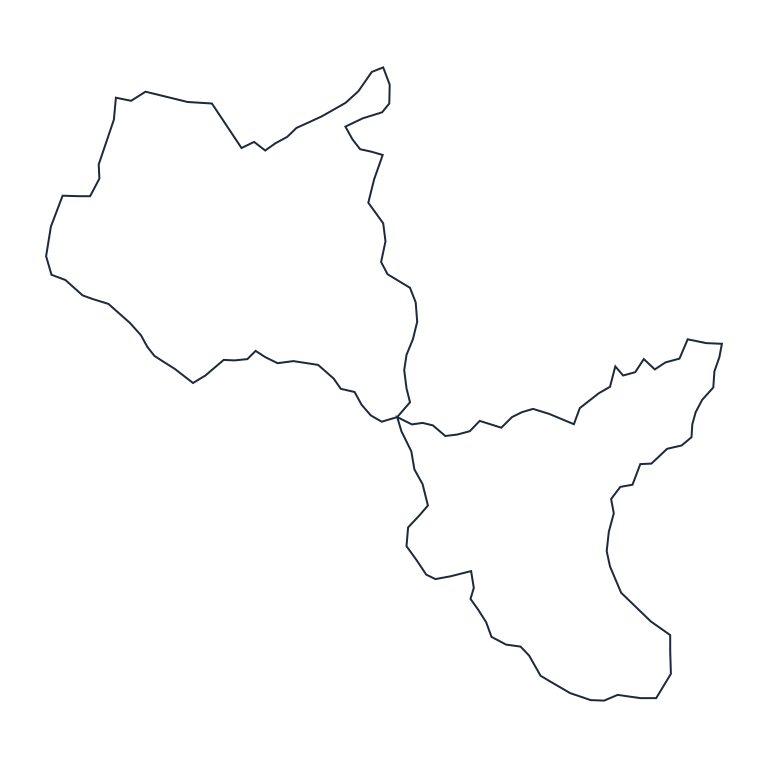 outline of Mauá da Serra, Paraná, Brazil
{"feature_id": "56859067B71955280503235", "entity_name": "Mauá da Serra", "entity_type": "district", "adm_level": 2, "iso_a3": "BRA", "parent_name": "Brazil", "parent_adm1": "Paraná", "projection": "natural_earth1", "projection_center": [-51.168, -23.916], "detail": "fine", "context": "isolated", "style": "outline", "palette": "slate", "viewbox_px": 768, "rotation_deg": 0, "n_neighbors": 0, "source": "geoboundaries", "source_scale": "gbopen_adm2", "svg_char_len": 2006}
<svg xmlns="http://www.w3.org/2000/svg" viewBox="0 0 768 768"><path d="M397.2,417.1L410.0,402.3L406.5,388.3L404.2,370.2L406.5,354.9L413.0,339.0L417.2,321.7L415.7,302.4L410.0,287.8L387.6,274.3L381.1,262.0L385.5,241.4L383.2,223.3L368.3,202.7L374.1,179.4L382.7,155.0L371.4,151.7L360.1,149.2L352.5,139.4L345.4,126.6L362.8,118.3L382.1,112.3L389.3,103.5L389.7,84.7L383.2,67.4L371.8,71.9L358.4,91.2L345.6,102.8L321.9,116.3L308.2,122.6L296.5,127.9L287.2,136.9L275.5,143.2L265.2,150.5L254.1,141.9L241.5,148.0L211.9,103.5L187.7,102.0L145.5,91.7L131.1,100.8L115.9,97.7L113.9,119.6L98.7,164.5L99.4,178.6L90.1,196.2L79.0,196.2L62.6,195.7L55.1,215.5L50.9,226.6L46.1,256.2L51.5,274.8L65.4,280.0L82.6,295.4L92.9,299.1L108.4,303.9L130.0,323.0L141.0,335.3L147.3,346.8L154.4,355.9L164.5,362.4L174.8,368.9L193.0,383.0L205.4,375.5L223.7,359.9L234.6,360.4L247.4,359.1L255.6,350.9L265.2,357.1L277.6,363.2L293.3,361.1L318.1,364.9L333.6,378.5L340.8,388.8L354.6,392.0L361.6,404.8L370.8,415.4L381.7,421.7L397.2,417.1ZM656.2,698.1L670.9,673.8L670.2,651.2L670.2,635.1L650.9,621.5L621.1,592.7L610.0,566.5L606.7,551.2L608.8,531.9L613.8,513.3L611.1,499.0L620.3,486.9L632.5,484.7L640.3,464.1L651.4,463.6L667.1,448.8L681.6,445.5L691.5,437.2L692.3,424.4L695.7,412.1L702.2,399.8L713.3,387.5L714.4,371.4L719.4,357.1L721.9,343.8L706.0,343.1L687.7,339.3L679.5,358.6L665.5,362.4L654.8,369.4L643.8,359.1L635.2,372.2L623.1,375.5L615.3,366.4L610.0,386.8L598.7,393.3L579.8,408.1L573.9,424.2L549.2,413.9L533.0,408.9L522.1,412.1L512.0,417.1L501.3,427.7L479.7,420.9L469.8,431.2L457.5,434.5L445.3,436.0L432.9,425.4L422.6,422.9L411.9,424.4L397.2,417.1L401.4,431.2L411.3,451.3L414.4,469.4L422.6,484.2L427.9,505.5L419.5,515.3L408.1,527.4L406.5,546.2L417.2,561.0L426.2,574.6L435.4,579.1L450.5,576.3L471.1,571.1L473.8,587.9L470.5,598.9L478.4,610.0L486.2,622.3L491.5,636.9L506.1,644.6L520.6,646.6L529.2,655.7L540.6,675.8L550.2,681.5L570.1,693.1L590.7,700.1L604.1,700.6L617.6,694.9L640.2,698.1L656.2,698.1Z" fill="none" stroke="#1e293b" stroke-width="2"/></svg>